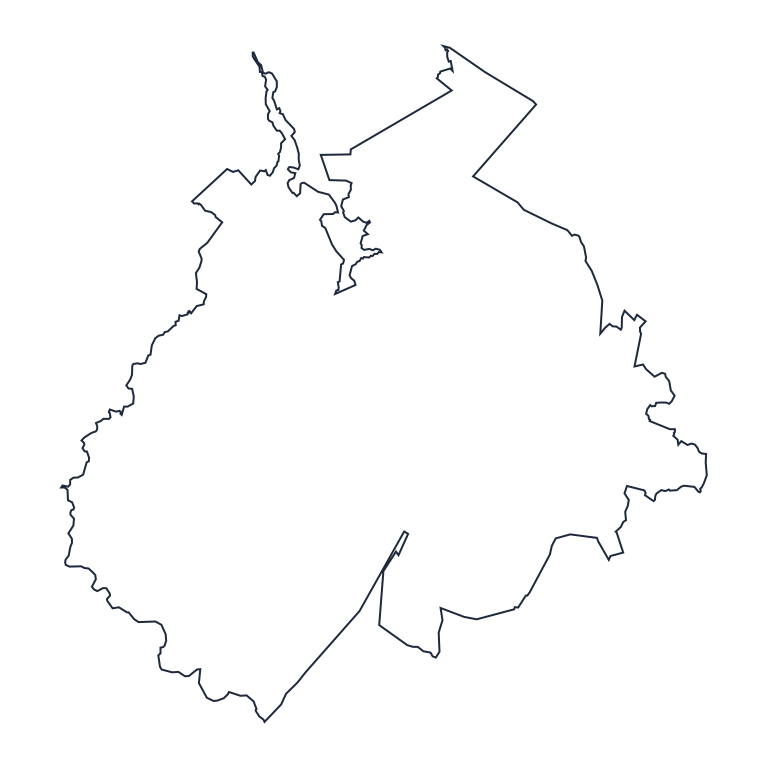 outline of Ahuacatlán, Nayarit, Mexico
{"feature_id": "50627088B49891327076679", "entity_name": "Ahuacatlán", "entity_type": "district", "adm_level": 2, "iso_a3": "MEX", "parent_name": "Mexico", "parent_adm1": "Nayarit", "projection": "equal_earth", "projection_center": [-104.583, 21.051], "detail": "fine", "context": "isolated", "style": "outline", "palette": "slate", "viewbox_px": 768, "rotation_deg": 0, "n_neighbors": 0, "source": "geoboundaries", "source_scale": "gbopen_adm2", "svg_char_len": 6031}
<svg xmlns="http://www.w3.org/2000/svg" viewBox="0 0 768 768"><path d="M264.5,721.9L281.2,704.4L286.0,693.8L297.6,682.4L305.4,672.5L359.5,611.1L404.2,531.5L408.1,533.9L398.5,555.2L396.0,551.6L383.4,571.1L379.2,625.1L407.2,645.1L412.8,646.8L417.8,646.9L423.2,651.2L430.5,652.6L432.6,656.3L435.8,657.6L439.5,651.7L438.7,632.6L442.5,620.2L440.6,608.0L464.1,616.9L476.7,619.3L514.2,609.3L514.8,607.2L518.2,607.5L525.8,595.6L527.3,595.6L529.6,592.5L549.9,554.5L551.8,545.9L555.7,538.4L570.2,534.4L597.0,537.9L598.2,541.4L608.8,559.9L610.5,556.0L623.2,552.6L616.7,532.6L615.7,531.7L620.9,526.9L623.3,521.9L626.0,520.2L625.2,511.9L627.8,505.7L628.8,500.0L624.5,493.3L627.0,486.0L644.4,490.4L645.6,492.8L645.0,495.2L653.5,501.1L654.8,500.1L655.4,495.7L656.5,493.5L661.3,490.1L665.3,491.1L668.8,489.5L669.9,490.6L676.8,490.2L681.1,486.7L684.1,485.7L694.4,486.9L698.5,491.8L699.9,492.3L700.7,491.2L700.2,488.6L701.6,487.6L703.9,483.2L706.8,475.2L705.7,462.7L706.1,454.0L701.4,453.4L698.9,451.5L697.5,447.9L695.0,444.7L693.3,444.0L691.2,443.6L687.5,445.0L681.3,441.1L678.3,444.7L677.6,439.7L673.3,435.8L674.2,434.3L673.9,432.9L674.9,432.0L674.9,429.2L669.8,429.2L649.6,421.0L650.1,419.8L648.9,419.0L648.5,415.9L646.1,413.8L647.3,409.1L650.3,405.1L651.8,406.3L655.1,406.0L656.2,402.8L661.4,402.5L666.3,402.6L669.2,403.8L671.8,401.2L674.6,395.7L670.8,390.4L669.2,381.2L665.7,376.7L665.1,373.8L661.9,372.8L654.6,376.7L645.9,369.0L643.1,364.5L634.5,366.5L641.1,333.8L640.1,331.5L639.9,327.6L645.6,321.3L637.0,314.8L634.3,320.1L624.5,310.7L622.0,317.0L621.7,327.8L620.8,329.7L616.5,326.6L612.6,326.3L609.6,323.9L605.3,327.6L600.3,333.7L602.3,300.6L597.4,285.0L591.8,271.0L585.5,261.0L586.1,257.3L583.9,246.3L580.9,241.8L579.7,237.4L578.4,235.6L574.4,234.6L572.0,235.8L567.3,230.1L552.0,223.6L523.8,209.8L517.6,202.4L473.1,176.4L536.1,104.5L533.0,101.1L485.0,72.1L449.9,47.8L443.4,46.1L445.1,47.8L445.6,50.2L447.0,49.4L448.1,51.1L447.2,52.1L447.2,56.7L448.8,61.6L450.7,61.0L452.6,70.9L450.2,68.5L440.3,71.6L440.0,73.2L438.0,74.7L437.9,77.1L436.7,78.3L451.7,90.5L350.8,149.4L350.4,154.4L320.8,154.9L329.4,180.1L346.1,180.6L351.6,183.1L350.7,185.6L350.9,189.7L348.5,194.1L348.8,197.2L342.9,199.5L341.2,206.2L343.9,211.0L343.1,212.5L344.8,217.2L350.8,221.6L355.3,220.4L358.4,217.5L363.2,221.7L366.4,222.8L369.3,220.9L370.0,222.4L366.7,224.9L363.8,230.6L367.8,234.2L362.7,236.0L360.6,243.4L361.8,245.3L361.5,247.9L364.1,249.9L369.3,248.9L372.8,250.3L375.8,248.7L379.9,249.8L381.6,252.4L378.9,252.1L377.1,254.0L374.6,253.8L372.5,256.1L371.0,255.7L369.0,257.5L363.8,257.1L362.9,258.6L361.3,258.0L359.5,261.1L357.3,261.7L355.7,264.2L352.0,266.1L349.6,275.1L350.9,278.0L354.3,280.8L355.5,285.0L335.1,294.0L336.4,290.4L338.4,290.0L338.7,287.5L337.8,282.2L339.6,281.4L341.1,264.5L343.1,263.5L344.0,259.9L336.1,251.0L331.9,244.2L325.3,228.0L322.0,225.8L321.3,221.3L320.0,219.8L323.7,214.2L333.0,214.0L335.1,212.2L338.0,212.5L336.6,206.4L335.1,203.0L328.9,194.6L318.1,191.8L304.3,182.8L302.1,182.9L300.6,184.2L300.1,193.3L296.8,196.2L293.6,192.8L292.4,192.9L288.5,187.1L287.6,183.1L289.3,180.1L294.0,178.0L295.3,173.1L291.0,172.4L287.9,169.3L288.6,167.8L289.5,167.0L293.5,167.5L298.3,169.3L299.8,165.5L298.7,159.7L298.8,153.9L297.2,147.6L294.7,140.3L291.4,135.9L294.7,132.2L294.6,130.8L294.0,128.9L285.5,120.0L282.9,114.2L279.7,113.2L280.4,111.1L279.3,108.2L276.9,109.4L274.1,100.7L272.4,98.0L273.3,92.1L275.0,91.5L276.8,87.4L276.8,81.3L272.0,73.5L268.8,72.2L265.4,73.7L263.0,72.7L261.1,65.1L257.9,62.3L253.6,52.5L252.7,52.6L252.8,56.1L253.9,58.5L259.5,66.6L259.9,71.9L261.8,72.1L262.6,76.1L264.7,76.6L266.1,79.6L265.1,86.3L267.6,89.9L266.5,91.5L265.6,98.2L265.8,104.3L269.7,111.1L268.0,114.2L267.9,118.8L269.0,120.6L272.4,122.3L273.4,125.7L276.8,130.7L279.7,130.7L281.7,132.9L285.1,139.2L281.1,143.2L281.1,147.2L280.0,151.9L278.2,153.9L279.1,155.7L278.4,161.3L277.6,161.7L276.5,165.7L274.0,168.3L272.8,172.2L269.9,175.7L267.6,175.0L265.8,170.1L264.2,171.3L260.1,170.5L255.6,176.9L255.0,181.0L251.3,184.5L238.3,170.3L233.0,171.9L227.1,169.0L192.0,201.4L194.1,203.5L197.6,203.4L198.5,204.3L199.0,203.6L200.9,204.8L205.1,210.7L211.1,212.1L215.2,215.1L215.6,217.0L222.2,222.3L207.3,242.8L199.8,248.9L198.7,251.6L201.6,258.5L201.5,261.0L199.4,267.7L195.9,273.0L197.0,282.1L196.6,288.9L206.3,294.2L206.0,297.2L203.9,301.3L203.7,304.3L196.7,306.1L191.1,313.3L189.5,311.0L188.4,311.4L188.6,312.7L187.7,312.9L187.6,314.3L182.1,316.0L179.5,315.3L178.6,320.7L175.5,321.8L175.7,325.2L173.4,326.1L167.8,331.4L164.7,332.1L163.2,334.7L158.7,335.7L155.3,338.2L151.8,345.4L150.5,354.7L148.3,355.5L145.4,362.8L140.5,364.0L137.6,363.3L133.3,364.0L132.3,365.6L132.0,374.9L130.1,379.7L126.3,385.4L128.5,388.5L132.1,388.8L133.8,396.5L133.2,403.5L127.6,406.6L124.1,406.6L121.7,414.9L120.5,413.8L120.5,411.6L119.6,410.9L115.8,411.6L109.9,409.5L108.8,412.1L109.8,413.1L110.5,417.2L109.0,418.9L103.3,418.9L101.0,420.9L96.0,423.0L97.3,426.5L97.1,429.5L95.8,431.4L91.5,432.9L84.3,437.5L81.5,440.5L84.0,442.9L84.3,444.8L82.5,448.1L84.7,451.4L86.9,451.5L89.1,457.8L88.8,461.3L86.7,462.3L83.1,474.7L77.9,477.5L73.4,477.7L70.2,479.9L70.1,484.5L68.1,486.7L62.5,485.5L61.2,487.5L64.5,487.4L67.5,489.8L68.0,500.3L72.1,502.3L74.1,507.4L73.6,509.4L71.5,510.1L70.4,512.4L70.5,514.8L74.0,518.7L73.4,525.5L68.4,533.3L71.9,538.8L72.0,542.9L70.4,546.7L68.7,555.6L65.7,559.5L65.1,562.1L65.7,564.9L69.5,566.6L81.1,566.3L84.5,568.0L88.6,568.5L92.5,572.1L95.3,575.1L95.8,579.3L91.9,586.8L94.2,589.6L97.3,591.1L103.0,588.1L106.3,588.2L109.8,593.6L110.0,595.7L106.9,599.1L107.4,601.0L112.6,608.3L118.9,607.3L126.9,612.3L128.6,612.3L134.0,619.0L138.5,622.1L155.4,621.5L161.4,624.8L165.6,634.0L166.2,640.7L164.5,645.8L163.1,647.1L160.5,647.6L160.5,653.3L158.3,655.4L160.0,666.8L161.6,669.5L172.1,672.3L178.4,671.9L185.1,676.3L189.0,675.9L197.0,669.5L200.3,669.2L198.9,683.1L206.9,697.8L213.7,701.0L217.3,700.6L223.8,698.2L227.7,694.4L228.9,692.0L240.5,695.8L246.6,695.4L253.6,701.4L256.5,709.0L255.6,710.2L256.1,711.5L259.3,716.4L263.5,719.6L264.5,721.9Z" fill="none" stroke="#1e293b" stroke-width="2"/></svg>